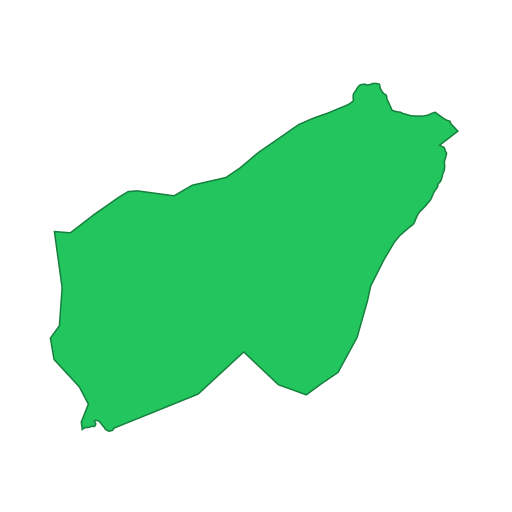 Cagaanchuluut, Dzavhan, Mongolia (Robinson projection), rotated 355°
{"feature_id": "93677404B73387413800607", "entity_name": "Cagaanchuluut", "entity_type": "district", "adm_level": 2, "iso_a3": "MNG", "parent_name": "Mongolia", "parent_adm1": "Dzavhan", "projection": "robinson", "projection_center": [96.827, 47.128], "detail": "fine", "context": "isolated", "style": "filled", "palette": "green", "viewbox_px": 512, "rotation_deg": 355, "n_neighbors": 0, "source": "geoboundaries", "source_scale": "gbopen_adm2", "svg_char_len": 3565}
<svg xmlns="http://www.w3.org/2000/svg" viewBox="0 0 512 512"><g transform="rotate(355 256 256)"><path d="M468.0,149.2L461.7,141.3L461.0,138.7L457.7,137.3L453.9,134.5L447.0,128.4L443.7,129.2L441.7,129.9L439.3,130.7L434.6,131.2L423.2,130.0L417.2,127.7L414.9,126.9L412.3,125.3L409.7,124.8L404.4,122.9L400.0,110.5L400.1,108.7L399.7,106.9L397.5,105.5L396.0,103.3L394.5,100.0L394.1,97.4L394.2,96.4L394.1,96.0L393.9,95.7L393.4,95.4L392.7,95.1L391.8,94.8L390.3,94.5L388.2,94.3L387.3,94.3L385.3,94.9L383.4,95.3L382.4,95.3L381.9,95.4L381.5,95.3L381.0,95.1L380.3,94.7L380.2,94.7L379.7,94.4L379.0,94.3L378.2,94.3L377.1,94.4L376.3,94.4L375.5,94.5L375.4,94.5L374.7,94.7L373.8,95.2L373.0,95.9L372.9,95.9L371.7,97.3L371.3,97.8L370.3,99.2L370.0,99.6L368.6,101.3L368.2,101.8L367.9,102.2L367.6,102.5L367.1,103.4L366.8,104.5L366.7,105.5L366.6,106.6L366.5,107.3L366.6,108.9L366.6,109.1L366.6,109.4L366.5,109.6L366.4,109.9L366.1,110.2L365.8,110.5L365.6,110.6L364.6,111.2L363.2,112.1L361.8,112.8L359.1,113.9L351.5,116.2L350.9,116.4L349.4,116.9L349.1,117.0L340.3,119.8L325.8,123.5L323.8,124.2L323.1,124.4L322.1,124.7L321.5,124.9L319.4,125.6L318.8,125.8L316.2,126.7L315.4,127.0L310.1,128.7L308.5,129.7L308.0,130.0L305.0,131.6L304.5,131.9L298.6,135.3L298.1,135.6L296.7,136.4L296.2,136.7L282.7,144.4L282.3,144.6L267.4,153.1L247.6,167.0L232.9,175.2L198.7,179.9L179.6,188.9L143.2,180.7L134.2,180.7L124.5,185.5L98.9,200.2L73.1,216.7L57.3,214.1L60.1,270.8L54.7,304.3L54.1,308.3L44.0,319.9L45.8,341.5L68.6,371.0L76.1,389.0L67.5,406.1L67.7,412.0L67.8,412.3L67.8,412.5L67.8,413.7L69.7,412.5L70.5,412.3L71.2,412.2L71.8,412.1L72.9,412.1L74.0,412.1L75.5,411.9L77.0,411.5L77.7,411.4L78.1,411.3L78.6,411.4L79.2,411.7L79.6,411.8L80.1,411.7L80.8,411.1L81.0,410.9L81.2,410.5L81.5,410.0L81.7,409.6L81.7,409.1L81.7,408.5L81.6,408.2L81.2,407.6L81.0,407.3L80.8,407.1L80.6,406.7L80.8,406.2L81.1,405.9L81.4,405.8L81.7,405.8L82.2,405.8L82.9,405.9L83.4,406.1L84.2,406.4L84.9,406.8L85.4,407.1L86.3,408.2L87.4,410.1L88.9,412.2L89.6,413.2L90.2,414.2L90.7,415.2L90.9,415.5L91.2,415.8L91.5,416.1L92.4,416.6L93.0,417.0L93.4,417.3L94.0,417.7L94.6,417.7L95.3,417.6L95.9,417.5L96.3,417.5L96.8,417.4L97.5,417.3L97.8,417.2L98.1,417.0L98.2,416.9L98.3,416.8L98.5,416.6L99.0,416.0L99.5,415.1L186.3,388.5L235.4,350.5L267.1,386.2L294.0,398.7L310.6,388.6L327.6,379.1L349.4,346.2L349.6,346.0L349.7,345.8L350.5,343.5L353.9,334.6L354.0,334.3L363.2,310.2L367.7,295.8L383.2,270.8L393.6,256.3L395.7,253.6L399.4,249.8L401.8,247.5L403.3,246.6L405.0,245.3L407.4,243.6L410.8,241.1L415.3,238.2L415.9,237.5L416.3,237.0L417.0,236.0L417.7,234.5L418.9,232.2L419.6,230.8L419.7,230.6L420.8,228.9L421.9,227.4L423.2,226.0L425.9,223.8L429.6,220.5L432.0,218.0L433.6,216.6L434.8,215.2L435.8,213.6L436.5,212.3L437.0,211.3L437.3,210.7L438.1,209.2L439.0,207.8L439.7,206.8L440.4,206.0L440.5,205.9L440.7,205.7L441.6,204.7L442.4,203.6L443.0,202.7L443.2,202.1L443.3,201.5L443.4,200.9L443.6,200.3L444.5,199.4L445.3,198.7L446.2,197.9L446.7,197.1L446.8,197.0L447.0,196.6L447.1,196.2L447.3,195.7L447.8,194.6L448.2,193.6L448.6,192.6L449.1,190.9L449.5,189.9L449.9,189.2L450.3,188.4L450.8,187.7L451.0,187.0L451.1,186.3L451.4,185.3L451.7,184.2L451.7,183.5L451.8,182.9L451.8,182.7L451.8,182.0L451.8,181.0L451.8,179.9L451.9,179.1L452.0,178.2L452.2,177.5L453.0,175.5L453.6,174.2L453.9,172.9L454.3,172.0L454.7,170.9L454.8,170.4L454.7,169.8L454.3,169.1L453.9,168.3L453.8,167.8L453.6,166.8L453.1,165.0L452.9,164.3L452.6,164.0L452.2,163.8L451.5,163.5L450.3,162.7L449.4,162.2L448.5,161.7L467.7,149.4L468.0,149.2Z" fill="#22c55e" stroke="#15803d" stroke-width="1.5"/></g></svg>